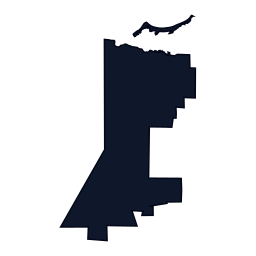 Lázaro Cárdenas, Quintana Roo, Mexico
{"feature_id": "50627088B14246153618123", "entity_name": "Lázaro Cárdenas", "entity_type": "district", "adm_level": 2, "iso_a3": "MEX", "parent_name": "Mexico", "parent_adm1": "Quintana Roo", "projection": "mercator", "projection_center": [-87.297, 21.095], "detail": "fine", "context": "isolated", "style": "filled", "palette": "ink", "viewbox_px": 256, "rotation_deg": 0, "n_neighbors": 0, "source": "geoboundaries", "source_scale": "gbopen_adm2", "svg_char_len": 5371}
<svg xmlns="http://www.w3.org/2000/svg" viewBox="0 0 256 256"><path d="M169.6,52.7L169.1,52.8L168.7,52.4L168.4,52.3L168.6,52.7L168.5,52.9L168.4,52.9L168.5,53.1L168.3,53.5L168.2,53.8L168.3,54.2L168.2,54.2L168.3,54.4L168.1,54.9L167.7,55.5L167.2,55.4L167.0,55.1L166.9,55.3L166.8,55.2L166.5,54.8L166.5,54.6L166.4,54.5L166.5,54.2L166.3,54.0L166.1,54.1L166.0,54.5L165.8,54.4L165.7,54.1L165.8,54.0L165.7,53.9L165.2,54.0L165.2,53.8L164.8,53.0L164.6,52.9L164.5,52.7L164.2,52.4L164.0,52.0L163.3,51.9L163.1,51.9L163.0,52.2L162.8,52.2L162.6,52.0L162.7,51.8L162.7,51.5L162.6,51.4L162.6,51.7L162.3,51.9L162.2,51.7L162.4,51.3L162.2,51.2L161.9,51.4L161.8,51.2L161.7,51.2L161.5,51.6L161.3,51.5L160.9,51.7L161.1,51.1L160.7,50.9L160.8,51.5L160.6,51.7L160.3,51.6L160.3,52.0L159.9,52.0L159.6,51.7L159.5,51.4L159.5,51.0L159.8,50.8L159.8,50.6L159.5,50.7L159.1,50.5L159.2,50.2L159.0,50.5L159.3,50.8L159.3,51.4L159.2,51.5L159.4,51.7L159.4,52.4L158.9,52.4L158.7,52.2L158.2,52.1L158.2,51.8L157.9,52.0L157.7,51.9L157.7,52.0L157.5,51.9L157.3,52.0L157.3,51.8L156.8,51.7L156.5,51.5L156.5,51.2L156.0,51.3L155.6,51.1L155.5,50.9L155.1,50.8L155.1,50.7L154.9,50.7L154.8,51.3L155.0,51.7L154.8,51.9L154.5,51.8L154.4,51.9L154.2,51.7L153.5,51.8L153.3,51.7L153.1,51.5L152.4,51.4L152.1,51.0L151.7,51.0L151.6,50.8L150.2,50.4L149.9,50.5L149.5,50.9L149.5,51.4L149.2,51.5L148.6,51.8L148.0,52.1L147.8,52.4L147.1,52.2L147.0,52.4L146.8,52.4L146.1,52.0L145.4,52.4L144.9,52.4L144.6,52.4L144.3,52.1L144.2,52.1L144.1,51.9L143.7,51.8L143.4,51.2L143.2,51.2L143.0,50.9L142.8,50.8L142.1,49.4L141.9,49.2L141.6,49.1L140.8,49.1L139.9,48.9L139.0,48.7L137.0,47.4L135.7,47.3L133.8,46.9L133.2,47.0L132.0,46.8L131.8,46.6L130.9,46.3L130.5,46.0L128.9,45.7L126.6,44.4L125.8,44.2L124.7,44.2L124.3,44.5L123.3,45.1L122.0,45.2L121.0,45.4L121.0,45.6L120.6,45.6L120.4,45.8L120.2,46.2L119.9,46.3L119.5,46.7L119.2,46.9L118.1,47.0L117.5,46.9L116.3,46.6L115.8,46.3L114.8,45.5L114.5,45.0L114.5,44.7L114.4,44.2L114.5,43.9L114.4,43.3L114.6,42.9L114.7,41.4L114.6,40.9L114.1,40.5L111.0,40.4L109.2,39.9L108.8,39.8L108.2,39.8L104.4,39.4L104.7,149.6L60.6,227.0L88.4,226.9L87.9,239.1L107.1,240.6L106.7,225.5L137.0,226.0L131.9,210.6L142.8,211.2L141.9,215.4L153.1,215.3L153.0,206.3L149.3,206.2L167.0,203.3L166.9,202.0L181.2,201.8L181.6,189.7L181.2,178.4L148.6,178.2L149.3,126.8L164.9,127.0L171.8,127.2L173.1,118.0L176.0,118.1L176.2,113.3L175.9,107.0L184.1,107.7L183.9,97.5L195.2,97.9L195.4,68.2L189.9,67.9L189.6,54.8L177.4,54.4L174.6,55.8L170.2,55.3L169.7,54.0L169.6,52.7ZM191.8,15.4L190.8,16.2L190.3,17.2L189.2,18.5L187.6,19.8L185.5,21.2L181.8,22.9L176.9,24.8L174.7,25.9L172.6,26.7L170.0,27.4L168.6,27.6L164.1,28.2L159.7,28.2L157.5,27.9L154.0,27.1L152.7,26.7L151.1,26.0L149.2,24.7L146.7,22.5L146.2,22.3L146.0,22.5L145.0,22.9L144.1,23.6L141.0,28.2L139.1,30.1L137.3,31.0L135.8,32.1L133.5,33.9L133.3,34.4L134.5,36.5L135.5,36.2L135.7,35.8L136.6,34.5L136.5,34.2L136.7,33.9L136.9,33.9L137.0,34.1L137.0,34.7L137.1,34.8L137.6,34.4L137.8,33.9L138.0,34.1L138.1,34.4L138.3,34.4L138.2,34.1L137.9,33.7L137.6,32.8L138.5,32.5L138.8,32.7L139.3,32.7L139.4,32.9L140.0,33.0L140.0,32.8L139.8,32.6L139.8,32.4L140.5,32.4L140.8,32.2L140.6,31.2L140.1,30.8L140.1,30.5L140.4,30.7L140.6,30.8L140.6,30.7L140.8,30.8L141.0,30.8L141.1,30.4L141.5,30.1L141.5,29.7L141.2,29.3L141.8,29.4L142.0,29.0L142.4,29.1L142.6,29.0L143.2,28.8L143.3,28.7L143.3,28.8L143.8,28.6L143.8,28.3L144.1,28.2L144.8,28.1L145.6,28.1L145.9,27.9L145.8,27.6L146.0,27.3L146.1,26.7L146.5,26.7L146.9,26.2L147.0,26.7L147.2,26.3L147.7,26.1L148.2,26.3L148.0,26.9L148.3,27.0L148.0,27.1L148.0,27.3L147.9,28.0L148.4,27.8L148.6,27.9L148.8,28.1L149.5,28.2L149.7,28.5L149.5,28.8L149.6,29.1L150.3,29.6L150.0,29.9L150.1,30.2L149.8,30.6L149.8,31.0L150.2,31.4L150.8,31.4L151.1,31.3L151.6,31.3L151.6,31.0L151.9,30.9L152.1,30.7L152.3,30.8L153.5,30.6L154.5,30.7L155.5,30.9L156.2,31.4L156.2,32.2L155.8,32.7L155.1,33.1L155.2,33.4L155.4,33.5L155.7,33.5L155.8,33.8L155.5,34.1L155.7,34.7L156.9,34.2L157.3,33.8L157.7,33.3L158.1,32.5L158.5,32.3L158.4,32.1L158.5,31.9L159.1,31.5L159.0,31.2L159.1,30.9L159.8,30.9L160.0,31.4L160.7,31.5L161.5,30.4L161.6,30.5L161.2,31.5L162.5,31.6L165.4,31.5L167.7,31.2L169.6,30.8L170.1,30.6L170.5,30.6L170.5,31.1L170.2,31.2L170.1,31.3L170.2,31.5L170.4,31.5L170.8,31.2L171.0,31.3L171.0,31.5L170.5,31.8L170.9,32.0L170.6,32.2L170.7,32.4L170.8,32.4L171.3,32.0L171.6,31.7L171.6,31.4L171.8,31.2L172.8,30.9L172.8,31.1L172.4,31.4L172.4,31.5L172.9,31.3L173.0,31.3L172.8,31.8L172.6,32.2L172.4,32.5L171.8,32.7L171.7,32.8L171.3,32.7L169.9,33.2L169.4,33.1L169.1,33.5L169.7,33.5L171.3,32.9L172.4,32.8L172.7,32.6L173.2,31.2L174.0,30.3L174.8,29.8L175.5,29.6L177.3,28.0L178.0,27.7L177.9,27.5L178.0,27.3L178.5,26.8L179.0,26.6L179.3,26.4L179.8,26.3L179.7,26.1L180.0,25.9L180.2,26.1L180.7,25.9L180.8,25.6L181.0,25.6L181.2,24.9L181.5,24.5L183.7,24.1L184.4,24.4L184.6,24.4L184.6,24.1L184.3,23.9L183.9,23.8L183.6,23.9L182.3,24.1L182.4,23.9L183.2,23.5L183.3,23.2L184.3,23.3L184.4,23.5L184.4,23.4L184.5,23.2L184.7,23.5L184.7,22.9L185.3,23.1L185.3,22.9L185.3,22.2L185.7,22.6L185.7,22.8L185.7,22.6L185.6,22.9L185.9,22.9L186.0,22.5L186.1,22.4L186.2,22.8L186.4,23.1L187.3,23.2L187.5,22.9L187.9,22.9L188.1,22.6L188.7,22.2L189.4,21.7L190.0,21.1L190.5,20.1L190.5,19.0L191.0,17.7L191.1,17.1L191.4,16.8L191.5,16.7L191.8,16.7L191.6,17.0L191.4,17.2L192.0,17.0L192.5,16.1L193.0,16.1L191.8,15.4Z" fill="#0f172a" stroke="#020617" stroke-width="1.5"/></svg>